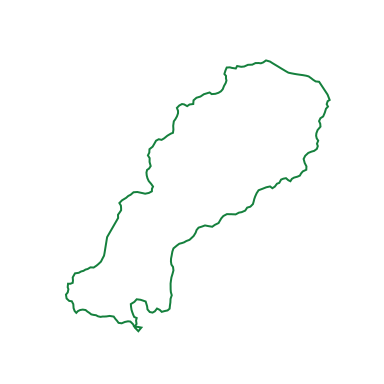 outline of Bela Vista do Toldo, Santa Catarina, Brazil, rotated 43°
{"feature_id": "56859067B62189551957351", "entity_name": "Bela Vista do Toldo", "entity_type": "district", "adm_level": 2, "iso_a3": "BRA", "parent_name": "Brazil", "parent_adm1": "Santa Catarina", "projection": "albers", "projection_center": [-50.481, -26.437], "detail": "fine", "context": "isolated", "style": "outline", "palette": "green", "viewbox_px": 384, "rotation_deg": 43, "n_neighbors": 0, "source": "geoboundaries", "source_scale": "gbopen_adm2", "svg_char_len": 3612}
<svg xmlns="http://www.w3.org/2000/svg" viewBox="0 0 384 384"><g transform="rotate(43 192 192)"><path d="M242.1,329.9L241.4,326.3L238.7,324.1L237.5,321.9L234.9,322.8L232.8,321.9L230.2,320.6L228.1,319.4L225.8,317.6L223.7,315.7L224.8,311.7L224.7,308.2L227.9,305.9L230.3,304.8L232.8,303.7L237.1,306.2L239.5,308.2L242.9,308.6L245.4,307.1L246.2,304.6L245.9,301.1L248.8,300.2L251.6,300.3L253.2,297.7L254.9,295.3L255.2,292.6L253.3,290.1L251.5,287.5L249.2,284.8L247.6,281.3L244.9,279.7L242.8,277.8L240.9,275.8L238.8,273.6L237.2,271.4L235.2,268.5L233.6,265.2L231.9,262.0L229.3,259.8L226.4,259.1L224.0,257.2L222.1,255.0L220.5,252.4L218.3,249.0L216.9,245.9L217.5,241.2L218.0,238.5L219.4,236.3L220.5,234.3L221.3,231.7L222.8,228.7L223.0,226.2L223.2,223.0L222.4,219.2L221.3,216.7L221.1,213.6L222.9,210.4L224.3,207.6L227.5,205.6L230.5,203.6L231.1,200.5L232.6,196.6L231.4,191.4L231.3,188.2L232.6,184.4L236.4,181.0L239.2,178.6L240.4,175.1L242.1,172.8L243.6,169.3L243.0,165.8L244.7,162.9L244.8,159.3L243.6,156.9L242.4,154.8L241.3,152.3L240.1,148.8L239.5,145.3L241.3,141.7L243.1,137.9L245.3,134.7L248.2,134.4L248.9,131.6L248.5,128.0L249.6,125.8L248.7,122.2L249.7,120.0L251.3,117.8L254.4,117.7L256.6,117.0L256.1,114.3L256.8,111.9L258.7,108.8L259.7,106.4L259.1,104.0L259.0,101.3L260.4,97.8L258.2,95.2L254.6,93.9L251.1,91.7L250.1,88.3L250.4,84.1L251.9,80.9L253.3,78.6L253.9,75.3L252.7,72.6L250.5,71.5L249.3,68.4L246.6,67.7L244.4,66.2L242.9,64.2L241.6,61.0L241.4,56.6L239.2,54.6L236.6,53.5L235.6,50.5L236.4,47.3L235.0,43.4L233.2,39.7L233.2,36.8L230.6,35.9L229.3,33.1L229.9,30.8L224.7,28.3L209.8,24.7L207.0,26.8L204.1,27.3L201.7,27.5L198.5,27.9L196.2,29.1L193.7,30.7L191.0,32.6L188.4,34.4L186.3,35.8L183.6,37.5L181.1,39.0L178.1,39.7L174.8,40.4L172.5,40.9L169.5,41.5L165.3,42.4L162.9,42.9L160.1,43.4L156.4,45.3L155.7,48.7L154.6,50.9L152.7,52.3L150.5,54.4L149.2,57.8L146.2,60.8L144.6,64.6L142.6,66.9L139.1,69.1L139.8,71.8L136.6,74.0L134.7,75.0L132.5,77.3L133.6,80.3L135.2,83.6L137.7,83.9L139.3,85.7L141.2,87.0L142.3,89.3L143.1,92.6L144.4,95.9L144.5,98.6L143.7,101.4L142.1,104.3L139.6,107.0L137.0,107.2L135.4,110.0L134.0,112.4L133.1,116.4L131.0,120.0L130.6,123.9L132.9,126.8L130.5,129.7L129.9,132.5L126.5,133.3L124.7,134.5L123.7,137.4L123.6,140.8L126.5,142.2L128.1,144.0L129.4,146.9L130.2,150.2L130.5,152.7L133.1,156.4L135.9,159.1L137.7,161.7L136.7,163.8L135.6,167.6L135.0,171.9L134.2,174.6L131.7,176.1L130.7,179.0L131.5,182.2L132.3,185.7L131.7,189.7L133.9,192.3L134.8,195.3L137.9,196.1L140.5,199.0L144.1,201.2L144.6,204.1L144.1,206.5L145.4,208.8L147.5,210.7L150.0,212.3L152.9,213.5L156.5,213.9L159.8,214.6L160.5,216.9L162.2,218.9L161.1,222.1L158.9,225.2L157.0,226.3L154.5,227.8L152.0,229.3L149.4,232.1L149.0,235.9L148.1,238.3L147.8,241.2L146.5,245.8L146.4,249.6L149.2,250.4L151.1,252.1L152.6,253.7L153.0,256.0L153.4,259.1L155.7,261.4L159.0,275.6L160.7,282.9L169.6,296.2L171.1,298.6L171.9,301.6L172.9,305.0L172.7,308.4L172.4,310.9L171.6,314.3L169.1,316.4L168.2,319.5L167.0,321.4L166.4,323.7L165.1,325.7L164.3,328.3L161.9,331.3L163.0,335.8L165.3,337.9L166.7,339.8L165.6,342.1L163.9,343.6L166.0,346.4L167.9,347.4L169.6,350.2L169.8,353.0L172.9,355.4L176.5,355.4L178.6,353.9L181.7,355.0L184.6,357.7L187.4,359.1L189.8,359.3L189.8,356.9L190.7,354.6L192.3,352.5L194.7,350.9L197.0,350.8L199.3,350.4L201.8,350.2L204.0,348.9L205.8,347.6L208.1,347.0L210.3,345.7L211.6,344.0L214.0,341.7L216.3,338.8L219.7,336.5L222.7,337.1L224.9,337.3L227.5,337.8L230.1,336.0L231.5,332.9L233.4,330.2L235.3,328.8L238.9,328.9L242.1,329.9ZM242.1,329.9L244.3,330.2L247.7,330.4L247.4,325.7L244.1,327.8L242.1,329.9Z" fill="none" stroke="#15803d" stroke-width="2"/></g></svg>